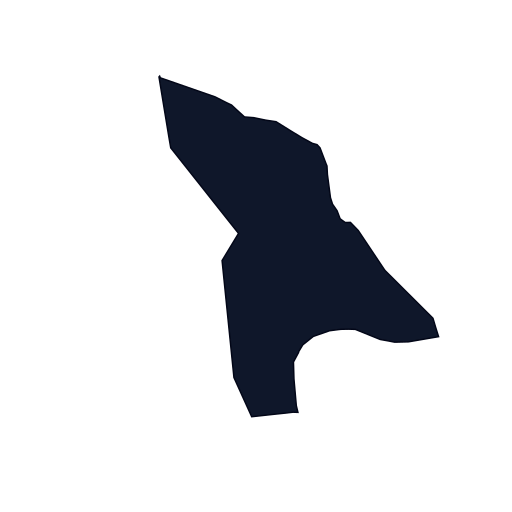 Summersdale, Castries, Saint Lucia (orthographic projection), rotated 221°
{"feature_id": "8701671B83159323008867", "entity_name": "Summersdale", "entity_type": "district", "adm_level": 2, "iso_a3": "LCA", "parent_name": "Saint Lucia", "parent_adm1": "Castries", "projection": "orthographic", "projection_center": [-60.977, 14.026], "detail": "fine", "context": "isolated", "style": "filled", "palette": "ink", "viewbox_px": 512, "rotation_deg": 221, "n_neighbors": 0, "source": "geoboundaries", "source_scale": "gbopen_adm2", "svg_char_len": 1052}
<svg xmlns="http://www.w3.org/2000/svg" viewBox="0 0 512 512"><g transform="rotate(221 256 256)"><path d="M446.7,328.5L446.7,327.5L400.0,288.8L391.3,281.7L312.4,266.9L284.0,261.6L278.6,230.3L192.9,149.8L153.8,131.9L139.1,147.8L129.5,158.1L128.9,158.8L125.6,162.4L121.8,165.5L127.4,169.5L146.7,188.1L158.2,200.6L160.6,211.1L161.1,212.0L162.3,219.0L162.4,219.8L161.7,223.5L160.0,232.9L151.5,247.8L145.2,254.9L143.7,256.5L142.5,257.6L138.3,261.4L135.0,264.1L132.9,265.8L107.5,274.5L100.3,278.8L94.9,281.9L92.8,283.8L84.6,291.3L74.3,303.9L65.3,314.9L73.6,320.0L81.6,325.1L149.1,329.7L151.5,330.3L195.5,342.3L206.8,343.3L209.5,340.8L210.7,339.8L215.2,339.4L217.0,339.3L224.4,343.3L227.8,344.2L232.2,345.3L238.0,348.8L255.6,364.4L261.5,370.5L263.9,371.7L278.6,379.6L283.0,380.1L286.3,378.5L287.4,378.0L290.1,377.4L298.7,375.5L309.1,373.7L313.3,373.0L329.0,370.5L337.8,364.9L348.5,358.9L355.9,353.4L368.3,353.7L373.5,353.9L376.3,353.1L378.8,352.4L383.5,351.2L391.1,349.3L445.1,327.7L446.7,328.5Z" fill="#0f172a" stroke="#020617" stroke-width="1.5"/></g></svg>